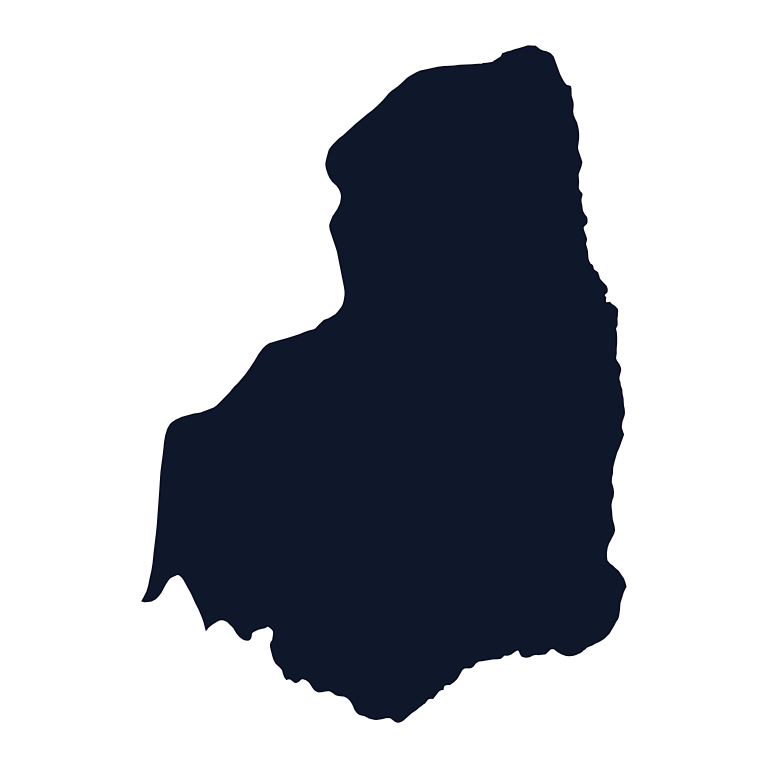 Buenavista, Quindío, Colombia
{"feature_id": "7082276B42477107224042", "entity_name": "Buenavista", "entity_type": "district", "adm_level": 2, "iso_a3": "COL", "parent_name": "Colombia", "parent_adm1": "Quindío", "projection": "equal_earth", "projection_center": [-75.74, 4.37], "detail": "fine", "context": "isolated", "style": "filled", "palette": "ink", "viewbox_px": 768, "rotation_deg": 0, "n_neighbors": 0, "source": "geoboundaries", "source_scale": "gbopen_adm2", "svg_char_len": 6087}
<svg xmlns="http://www.w3.org/2000/svg" viewBox="0 0 768 768"><path d="M535.3,46.4L532.9,46.4L528.1,46.1L517.6,49.3L517.1,49.3L513.8,50.3L510.3,51.6L507.6,52.1L503.5,53.7L503.0,53.6L501.4,56.7L500.9,57.3L494.5,61.2L492.7,62.6L487.1,63.5L483.1,63.8L483.1,64.5L478.2,64.5L472.1,65.0L460.2,65.5L453.6,66.3L443.7,66.8L438.5,67.4L420.3,71.3L416.2,73.2L410.4,76.5L407.4,78.5L402.4,83.3L398.0,87.2L392.0,91.4L389.3,93.8L383.3,100.9L377.6,106.5L372.7,110.9L367.6,114.7L356.0,124.4L343.8,135.6L339.3,139.0L334.3,144.0L331.8,146.8L329.4,150.2L327.1,158.5L326.1,163.4L326.2,165.8L326.8,168.9L328.5,174.0L330.1,177.5L332.7,181.3L337.1,185.3L339.6,188.9L341.1,192.5L341.7,195.5L341.6,198.3L340.7,203.4L338.3,208.8L333.1,216.7L330.8,222.3L329.9,225.6L330.5,229.8L336.3,247.1L337.7,251.6L344.7,287.1L345.3,291.2L345.3,295.1L344.4,300.9L343.4,304.5L342.1,307.1L338.8,311.5L335.9,314.7L329.0,318.9L324.2,320.6L319.4,325.2L315.7,329.1L313.7,330.1L309.2,331.2L305.3,332.5L299.7,334.8L294.3,336.6L284.9,339.5L279.5,340.9L269.5,343.9L266.2,346.1L263.2,349.0L259.1,354.5L255.3,361.0L250.4,368.5L245.4,375.4L238.6,383.4L234.6,387.3L229.7,393.3L217.4,405.8L214.0,408.2L200.9,413.2L197.6,413.8L194.3,414.2L181.9,417.6L175.7,420.5L172.2,422.9L170.5,424.6L168.0,428.9L166.0,435.3L164.8,442.1L163.7,453.0L161.2,472.0L159.8,493.7L157.6,524.1L156.8,532.4L154.3,553.4L153.3,563.4L152.1,570.9L150.2,579.2L149.0,585.5L147.1,591.8L144.1,597.7L142.3,600.9L144.2,601.5L147.6,601.3L151.2,600.8L155.1,598.8L158.0,596.0L160.9,592.2L164.8,584.7L168.2,579.5L169.8,577.8L172.0,576.5L177.2,574.2L178.4,574.3L179.7,574.9L181.9,576.7L183.9,579.3L191.5,593.0L196.2,603.4L199.1,609.0L202.6,617.3L204.3,622.2L206.2,629.7L208.0,627.2L211.3,624.5L216.4,621.2L219.7,619.6L223.0,619.5L225.1,620.2L227.7,621.5L230.1,624.0L232.0,625.7L233.8,627.6L237.0,633.0L239.6,636.1L241.4,637.6L242.9,638.7L245.0,639.6L246.8,639.9L248.3,639.9L249.2,639.4L250.3,638.3L250.9,636.4L251.1,634.2L251.5,632.9L252.6,631.7L255.3,630.3L258.1,629.0L262.1,628.0L264.0,627.7L265.3,627.2L267.8,625.6L270.8,627.7L272.9,629.7L273.6,631.0L273.9,632.5L273.7,635.0L272.9,640.1L272.5,640.9L271.5,642.2L271.0,643.4L270.7,645.0L270.8,646.7L271.3,649.1L273.0,655.9L274.0,659.1L275.8,662.7L277.3,664.3L279.9,666.6L281.9,668.7L282.8,670.1L283.6,673.4L284.8,676.7L286.6,679.2L287.8,678.7L289.0,678.6L290.5,678.7L294.2,681.6L295.2,682.2L296.3,682.2L298.3,681.2L301.2,678.6L302.9,678.4L304.8,679.0L306.3,679.6L309.0,681.5L310.5,683.4L313.6,688.2L315.1,689.9L316.7,690.9L317.9,691.5L319.3,691.6L321.3,691.5L324.8,690.8L328.1,690.4L329.5,690.5L330.9,691.0L332.5,692.0L336.1,694.6L338.9,695.3L344.0,695.8L346.1,696.7L348.0,697.9L350.2,700.0L351.9,702.4L353.3,705.0L355.3,709.8L357.0,712.0L358.4,713.4L359.9,714.3L364.9,715.5L369.5,717.9L374.5,719.1L376.8,719.2L381.4,718.5L386.0,717.4L389.0,717.3L390.8,717.6L395.3,721.1L397.2,721.9L398.8,721.9L400.9,721.2L403.0,720.0L411.2,712.7L416.0,709.5L418.9,706.9L421.5,705.1L422.9,703.8L424.2,703.2L425.4,701.8L427.3,699.2L428.8,698.4L430.7,698.0L432.8,698.2L438.2,691.2L439.5,690.2L440.9,689.5L442.9,689.2L443.1,687.2L443.8,685.7L444.9,684.9L446.0,684.4L449.9,684.2L453.6,681.5L456.1,679.1L457.5,677.2L461.4,670.3L462.1,669.3L464.0,667.9L465.4,667.6L469.7,667.6L471.3,667.2L472.9,666.1L475.2,663.1L477.0,661.7L478.7,660.8L482.3,660.4L493.1,658.6L495.9,658.6L500.1,658.2L501.4,657.4L503.7,655.2L504.4,654.8L507.3,655.0L508.6,654.7L510.8,653.9L516.2,650.1L517.7,649.7L518.7,650.0L519.5,650.9L520.4,653.3L521.3,654.9L522.3,656.1L523.5,656.5L526.1,657.0L528.4,656.7L530.7,655.9L532.7,654.8L534.7,654.3L536.6,654.1L538.1,654.4L545.3,653.6L550.4,648.6L553.8,648.3L558.3,651.7L561.7,653.6L566.0,655.2L569.4,655.5L573.1,655.1L576.3,654.1L577.5,653.4L579.7,652.6L581.8,651.2L582.9,649.9L584.7,648.9L586.2,647.2L588.8,646.0L591.8,644.9L595.7,642.6L598.5,641.5L600.7,640.2L604.1,638.0L608.9,633.2L613.6,625.3L615.5,621.6L617.2,619.1L618.0,617.3L618.5,614.9L619.2,610.0L619.7,603.0L623.1,591.9L625.7,586.6L624.9,583.4L623.4,579.0L618.2,571.4L614.3,568.1L612.4,566.1L609.6,564.2L606.7,560.7L606.2,556.6L606.2,552.2L607.0,547.1L608.4,543.2L613.5,533.4L614.3,530.2L613.9,526.6L612.1,519.8L611.6,515.8L611.3,511.0L610.8,507.1L610.8,504.1L611.6,500.0L612.9,496.5L613.3,492.2L612.7,488.1L611.0,482.3L611.2,477.6L612.2,473.7L612.4,467.6L613.9,461.3L616.5,452.3L619.0,446.6L623.3,434.5L622.5,432.4L621.1,428.0L621.1,425.8L621.7,421.5L623.7,415.7L624.2,413.4L624.1,411.2L623.9,408.7L623.3,406.2L623.1,404.0L622.8,398.4L622.0,395.1L621.7,392.9L621.6,390.0L619.9,385.0L619.7,382.3L619.1,381.0L618.7,379.3L618.6,377.8L619.0,375.6L620.1,371.7L620.4,370.1L620.3,368.2L618.8,364.4L617.7,363.3L617.3,362.3L616.3,361.2L616.0,360.1L615.4,359.2L615.3,357.6L616.0,353.2L615.9,349.6L616.4,342.9L616.4,336.8L616.1,332.5L615.2,328.8L615.5,327.9L616.6,325.6L616.9,324.5L616.7,318.0L616.9,316.6L617.2,315.9L617.1,313.7L617.4,310.7L617.2,309.4L615.9,307.9L614.2,306.2L611.7,304.7L609.6,302.6L607.0,303.1L606.2,302.9L605.3,302.2L605.1,300.4L605.5,297.9L605.2,297.3L604.4,296.4L603.9,295.4L604.2,294.4L605.0,293.5L606.4,292.5L606.9,291.4L607.0,289.7L606.7,288.1L605.9,286.2L600.2,280.2L599.1,278.5L598.6,276.4L597.4,272.8L596.5,272.0L594.4,270.7L593.5,269.8L593.0,268.8L592.6,266.7L592.1,265.6L591.5,264.9L590.7,264.7L589.9,264.0L588.6,261.5L587.9,259.3L587.6,257.7L587.2,251.5L586.9,249.9L585.3,244.4L585.4,242.7L585.8,241.8L586.3,239.3L586.0,237.9L583.2,230.0L582.9,227.9L583.0,227.0L583.3,226.3L586.2,223.5L586.8,222.2L586.7,219.0L586.4,217.5L583.9,214.3L582.6,211.7L582.1,210.2L581.4,204.9L580.9,202.8L580.7,200.4L580.8,198.7L581.8,194.8L581.6,193.8L581.3,193.2L580.3,192.3L578.8,190.3L578.1,188.3L578.0,187.1L578.4,181.9L577.8,175.0L578.1,173.4L580.7,166.4L581.5,162.8L581.5,161.8L577.6,150.1L577.3,148.3L577.3,146.4L578.4,138.6L578.4,133.7L578.0,129.8L577.3,126.3L576.3,122.6L574.5,119.0L573.1,115.5L572.4,111.9L572.5,109.8L572.9,106.1L572.9,104.1L572.5,101.3L570.9,95.9L570.7,88.3L570.2,86.8L569.8,86.4L566.4,85.6L563.9,82.8L561.2,78.1L559.4,74.4L553.1,57.0L550.3,53.9L546.7,52.1L543.0,51.3L539.7,49.9L535.3,46.4Z" fill="#0f172a" stroke="#020617" stroke-width="1.5"/></svg>